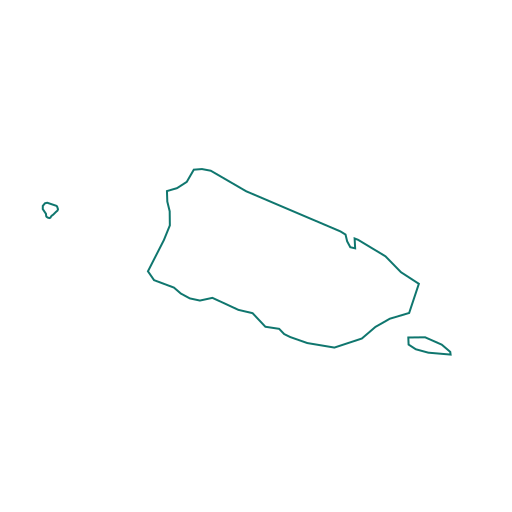 Puerto Rico, Equal Earth projection, rotated 21°
{"feature_id": "PRI", "entity_name": "Puerto Rico", "entity_type": "country or territory", "adm_level": 0, "iso_a3": "PRI", "parent_name": "North America", "parent_adm1": "", "projection": "equal_earth", "projection_center": [-66.749, 18.235], "detail": "fine", "context": "isolated", "style": "outline", "palette": "teal", "viewbox_px": 512, "rotation_deg": 21, "n_neighbors": 0, "source": "natural_earth", "source_scale": "50m", "svg_char_len": 976}
<svg xmlns="http://www.w3.org/2000/svg" viewBox="0 0 512 512"><g transform="rotate(21 256 256)"><path d="M335.8,209.6L340.9,214.0L345.8,213.3L341.8,204.3L345.5,204.3L377.0,209.9L397.2,219.2L418.0,223.6L419.4,254.3L403.4,266.6L392.9,279.4L384.4,295.1L362.0,313.4L335.0,318.9L317.0,319.4L310.3,318.8L303.7,315.7L290.1,318.7L273.3,310.6L258.9,312.6L230.3,310.7L219.6,317.7L209.4,319.3L199.3,318.0L190.7,314.9L169.5,315.1L160.6,309.0L164.3,274.1L164.6,258.3L159.4,245.2L153.7,237.0L149.6,227.3L158.0,220.9L164.8,211.6L167.0,197.7L174.4,194.2L183.2,192.6L223.7,199.1L326.1,202.8L331.9,203.9L335.8,209.6ZM451.5,284.5L438.6,285.8L430.2,284.0L427.4,277.5L443.0,271.3L461.2,272.2L471.7,275.9L473.0,278.3L451.5,284.5ZM49.6,294.6L48.1,294.8L46.5,294.5L45.8,293.9L44.8,291.9L40.1,288.6L39.0,285.6L40.1,282.4L42.0,281.1L51.5,280.7L52.5,281.0L54.4,283.3L54.4,284.8L53.5,286.4L51.8,290.2L51.1,291.2L50.6,292.2L50.3,293.9L49.6,294.6Z" fill="none" stroke="#0f766e" stroke-width="2"/></g></svg>